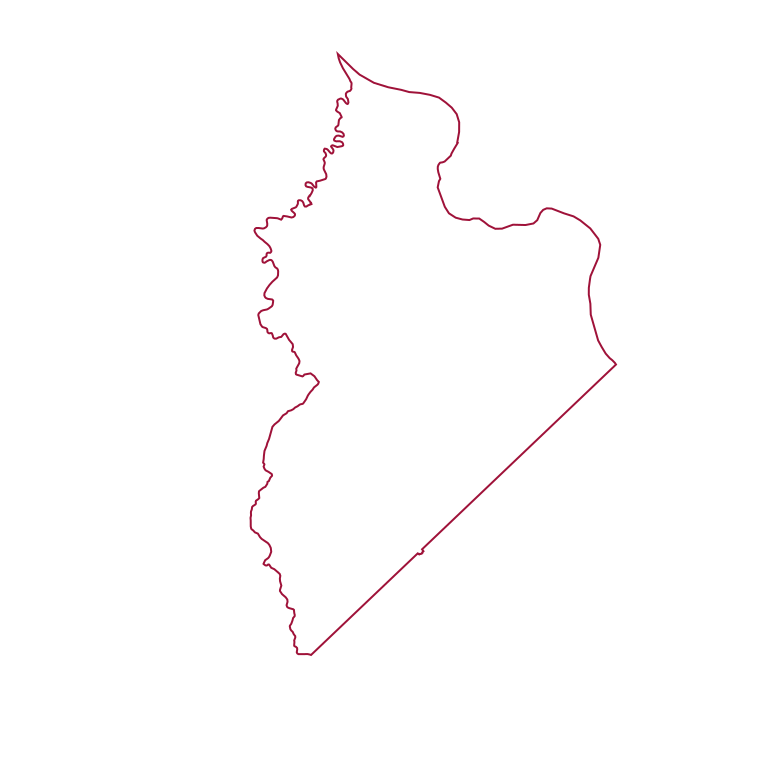 the district of Puerto Triunfo, Antioquia, Colombia, rotated 298°
{"feature_id": "7082276B75593797021396", "entity_name": "Puerto Triunfo", "entity_type": "district", "adm_level": 2, "iso_a3": "COL", "parent_name": "Colombia", "parent_adm1": "Antioquia", "projection": "albers", "projection_center": [-74.698, 5.958], "detail": "fine", "context": "isolated", "style": "outline", "palette": "rose", "viewbox_px": 768, "rotation_deg": 298, "n_neighbors": 0, "source": "geoboundaries", "source_scale": "gbopen_adm2", "svg_char_len": 6166}
<svg xmlns="http://www.w3.org/2000/svg" viewBox="0 0 768 768"><g transform="rotate(298 384 384)"><path d="M510.1,579.7L511.1,577.8L512.2,574.3L512.8,571.1L514.9,565.5L518.9,558.8L523.0,552.6L542.3,534.0L551.8,528.5L559.0,522.9L565.1,519.7L573.5,516.6L576.2,515.7L596.1,514.0L608.4,509.6L612.8,505.0L618.2,493.1L620.6,480.5L621.0,472.7L619.2,462.9L617.6,449.7L615.5,445.2L612.5,442.8L608.4,441.8L600.6,442.4L595.9,440.6L590.8,434.3L585.2,423.1L576.6,415.3L573.3,409.4L573.0,402.1L574.1,396.4L574.8,390.4L572.0,385.0L568.9,382.5L566.1,376.1L564.5,369.2L565.2,361.2L569.0,354.5L582.8,339.1L588.9,337.3L591.6,337.4L596.4,332.6L599.1,330.5L601.1,329.5L603.1,329.2L605.3,329.5L605.8,329.7L607.2,331.6L608.9,333.1L617.0,335.8L619.1,335.4L624.5,335.5L631.5,335.9L631.5,335.3L641.8,332.0L650.4,327.5L656.4,321.5L659.8,314.1L661.5,306.5L662.7,298.1L660.9,288.9L657.8,278.9L653.6,269.2L651.8,261.1L648.0,248.4L645.2,233.7L645.7,217.2L647.6,208.9L653.7,188.3L650.3,191.1L647.4,194.2L643.5,199.5L637.2,210.2L635.4,212.4L634.9,213.6L633.9,214.4L630.5,215.8L629.5,216.6L628.5,216.7L626.9,216.4L625.0,214.6L624.2,214.3L622.7,214.0L621.9,214.3L620.0,215.6L618.7,218.2L617.9,218.9L615.9,220.4L614.6,220.6L614.1,220.3L614.0,219.5L614.2,218.4L615.9,214.7L616.1,213.6L615.9,212.0L615.4,211.4L613.4,209.9L612.0,209.8L611.2,210.2L610.0,211.3L607.9,212.6L603.7,212.9L603.1,213.2L602.6,214.7L602.4,217.8L599.9,221.2L599.5,221.4L598.1,220.6L595.9,220.3L591.3,222.1L590.6,222.1L587.9,220.9L586.6,221.1L586.0,221.6L585.3,222.5L585.1,223.8L585.4,224.9L586.4,226.8L586.5,229.0L585.8,230.9L584.6,231.9L583.6,232.0L582.8,231.4L582.1,227.5L581.1,225.9L580.0,225.2L579.0,225.0L577.0,224.9L576.1,225.2L575.6,225.9L575.8,227.8L577.6,231.0L577.8,233.1L577.7,233.7L577.0,234.9L575.9,235.8L575.4,235.9L574.6,235.5L573.9,234.8L571.3,231.5L570.8,227.1L570.6,226.5L569.9,225.9L569.0,225.7L568.7,226.0L567.3,228.9L566.6,229.7L565.1,230.3L563.9,230.3L563.1,229.9L562.8,229.0L563.1,227.7L564.4,224.4L564.6,223.1L564.0,221.2L563.1,221.0L561.7,221.4L561.2,221.8L560.3,224.1L558.9,225.5L557.6,225.8L554.8,224.9L553.9,225.1L551.9,227.6L550.7,228.2L547.5,228.8L546.3,229.3L545.2,230.2L542.1,234.5L540.0,235.9L538.1,236.2L537.5,236.0L533.4,232.0L531.3,229.5L530.1,229.4L526.5,231.6L525.9,231.8L525.4,231.6L525.4,229.7L527.0,226.2L527.1,224.9L526.7,222.7L526.1,221.7L525.6,221.1L524.4,220.7L522.8,221.3L522.0,222.4L522.1,223.7L523.2,227.3L523.2,228.7L522.8,229.4L521.4,230.2L518.4,230.4L515.2,230.2L515.3,229.8L513.5,229.6L512.5,229.7L511.6,230.3L510.0,233.7L508.7,234.5L509.4,234.9L508.8,235.5L506.3,233.3L504.2,232.1L503.6,230.9L504.1,229.7L506.3,227.5L507.1,225.9L507.1,224.3L506.7,223.3L506.1,222.4L505.4,222.1L504.6,222.3L503.3,223.1L502.3,223.4L499.3,223.4L498.5,223.1L495.3,220.4L494.3,220.2L493.6,221.2L492.8,224.5L492.2,225.7L490.9,226.2L490.0,226.0L488.8,225.5L487.6,224.2L486.5,219.9L485.3,216.5L484.6,216.1L482.3,216.4L480.8,216.0L480.4,212.4L480.1,211.5L477.4,205.4L476.4,204.0L475.1,203.4L473.7,203.4L470.7,205.7L469.0,206.5L468.1,206.5L466.8,206.1L465.0,204.9L464.3,203.9L462.9,200.1L461.8,198.0L460.5,197.3L458.8,197.5L458.0,198.2L457.3,199.1L455.4,202.5L454.5,206.8L454.2,209.4L453.5,211.8L452.8,215.4L451.9,218.1L450.6,220.1L448.9,221.9L448.0,222.3L447.1,222.2L446.4,221.9L445.6,220.1L444.9,219.4L443.6,219.3L442.4,220.0L441.1,220.1L438.5,218.2L437.1,218.2L436.4,218.5L435.4,219.0L434.6,219.9L434.8,221.3L435.4,222.0L437.3,222.9L439.4,224.4L440.1,225.1L440.5,226.3L440.4,227.0L439.7,228.4L436.7,231.8L436.0,233.3L435.8,235.6L434.7,237.0L433.7,237.7L430.2,239.4L427.9,239.6L421.8,237.4L417.7,236.4L413.4,235.8L408.2,235.8L406.1,236.7L405.0,238.0L404.7,238.7L404.5,239.4L404.6,241.4L406.1,245.5L405.7,246.9L404.5,247.5L401.6,248.5L400.2,248.5L399.4,248.2L396.2,246.6L394.9,245.7L392.4,242.7L390.8,241.3L387.5,240.3L385.9,240.6L378.8,246.8L377.4,249.4L377.3,250.2L377.9,253.4L377.7,254.8L376.8,255.7L375.3,256.6L374.8,257.6L374.8,258.8L376.0,260.4L376.1,261.2L374.6,263.0L373.3,264.1L372.9,264.7L372.7,265.7L372.8,266.4L373.6,267.7L375.8,269.2L377.4,271.2L380.9,271.9L382.0,272.9L382.1,273.7L378.4,279.5L376.3,284.7L374.0,286.3L370.8,286.8L369.8,287.6L369.7,288.0L370.2,289.7L370.1,290.4L368.1,293.0L366.3,296.5L365.0,298.2L364.4,298.7L362.5,299.4L356.4,299.3L354.8,300.4L352.4,300.8L351.3,301.7L351.2,302.3L352.4,308.4L353.1,308.9L355.0,309.3L358.9,314.2L358.2,318.9L356.0,323.1L355.2,325.5L353.4,325.8L352.2,325.6L348.1,323.8L345.5,323.6L342.6,322.8L339.4,322.3L337.9,322.2L334.0,322.4L329.0,321.8L328.3,321.5L326.7,319.6L325.7,319.0L323.9,318.2L321.4,316.5L319.3,315.8L317.2,314.4L314.9,312.0L312.4,311.7L308.9,309.6L302.1,308.5L296.9,306.3L293.8,305.6L281.5,308.3L277.0,308.7L274.2,309.4L268.8,309.9L264.4,311.6L261.3,313.0L257.8,314.2L257.2,315.8L256.8,316.2L254.5,316.5L253.1,318.2L252.2,320.0L252.2,323.4L251.8,327.1L250.9,328.0L250.3,328.2L247.9,327.6L244.2,327.9L243.0,327.1L241.0,327.8L237.5,327.5L235.8,326.2L231.1,324.1L230.3,324.1L228.7,324.8L224.8,327.4L223.4,327.1L220.9,325.8L219.8,326.0L218.3,327.0L217.4,327.1L214.7,325.6L213.5,325.3L211.0,326.2L209.1,326.4L207.7,327.0L205.6,328.3L203.1,329.0L200.9,330.4L195.7,333.2L194.0,334.6L193.6,335.3L193.3,337.3L192.4,339.7L192.7,342.9L190.6,346.4L189.8,348.7L189.0,356.2L188.1,358.3L186.1,361.0L182.9,363.2L178.9,363.7L177.0,363.7L175.8,363.4L172.6,361.8L168.8,362.0L168.5,362.2L168.2,364.3L168.4,365.2L169.1,366.0L170.3,366.5L170.6,367.4L168.8,370.7L169.0,374.1L167.4,381.0L166.0,382.5L163.3,383.4L161.1,384.8L157.8,388.0L153.5,388.8L152.4,389.3L150.6,392.6L149.5,397.4L148.3,399.8L146.4,401.1L143.0,401.8L141.8,403.0L141.5,404.1L141.6,405.5L142.5,409.6L142.3,410.5L139.5,412.4L138.2,413.6L137.0,414.1L134.7,413.6L132.3,414.2L128.8,414.7L126.4,414.4L125.8,414.6L123.6,416.4L122.8,417.8L122.3,419.7L120.7,421.8L119.7,424.0L118.5,424.7L115.4,425.1L114.2,426.0L111.0,427.4L110.5,428.0L110.6,429.6L110.1,431.2L108.9,432.0L106.2,432.9L105.4,433.9L105.3,435.3L109.7,443.4L110.3,445.5L110.5,446.8L250.3,493.3L250.3,494.0L250.0,494.0L250.1,494.9L250.5,494.8L251.0,496.1L251.4,496.5L252.6,496.8L252.5,497.1L252.9,497.2L253.0,497.0L253.7,497.1L254.0,496.9L254.9,497.3L255.9,495.2L510.1,579.7Z" fill="none" stroke="#9f1239" stroke-width="2"/></g></svg>